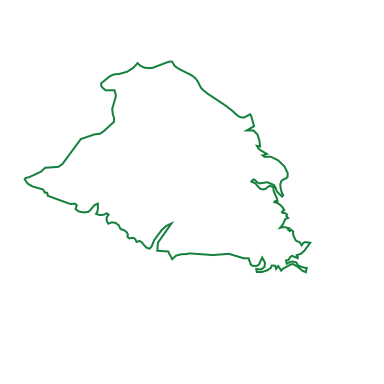 outline of Istarska, rotated 309°
{"feature_id": "HRV-1592", "entity_name": "Istarska", "entity_type": "County", "adm_level": 1, "iso_a3": "HRV", "parent_name": "Croatia", "parent_adm1": "", "projection": "mercator", "projection_center": [13.894, 45.143], "detail": "fine", "context": "isolated", "style": "outline", "palette": "green", "viewbox_px": 384, "rotation_deg": 309, "n_neighbors": 0, "source": "natural_earth", "source_scale": "10m", "svg_char_len": 3225}
<svg xmlns="http://www.w3.org/2000/svg" viewBox="0 0 384 384"><g transform="rotate(309 192 192)"><path d="M132.5,73.7L137.0,73.5L163.3,72.3L175.7,80.2L179.3,83.8L183.4,85.1L197.5,87.2L200.3,85.1L202.7,81.4L206.5,77.6L218.9,72.4L222.3,67.7L216.7,61.0L216.7,56.9L217.6,54.3L219.4,53.0L223.6,53.9L230.5,55.4L234.3,57.4L237.8,61.0L244.5,65.8L251.4,68.2L257.7,68.6L257.9,68.6L257.6,71.9L257.9,73.8L258.8,76.9L261.2,80.7L263.6,83.2L277.7,91.4L280.0,93.2L280.7,94.6L280.0,96.8L279.2,98.6L279.1,101.4L279.6,105.3L282.1,116.5L282.6,120.4L282.5,123.2L281.4,127.2L279.1,132.2L278.4,134.3L278.2,136.6L278.3,143.1L280.3,163.9L280.5,172.7L280.2,176.2L280.1,179.5L280.4,181.9L281.6,184.3L282.7,185.6L288.7,188.2L288.9,188.2L288.7,188.8L288.3,190.2L282.2,198.8L274.3,195.8L278.5,201.0L277.9,206.6L274.5,211.9L270.3,216.2L268.7,213.4L267.6,216.6L267.6,219.2L268.7,226.2L267.6,225.5L265.8,224.7L264.9,223.9L264.9,226.2L269.0,231.0L270.8,239.0L270.1,247.7L266.9,254.5L263.8,256.8L261.7,256.5L259.7,255.3L256.8,254.5L253.6,255.7L250.6,258.6L248.1,262.0L246.9,264.9L245.1,264.9L245.8,257.6L247.9,254.3L249.0,251.2L246.9,244.3L241.3,239.2L240.5,236.3L240.9,233.7L240.6,231.9L237.5,231.5L238.5,235.9L237.4,242.6L238.6,245.6L241.3,247.4L243.8,247.7L245.8,248.6L246.9,252.2L244.0,255.0L240.3,262.3L238.6,264.2L237.5,262.4L236.0,262.4L237.1,265.0L237.5,268.1L237.2,271.5L236.0,275.1L233.9,274.4L232.8,274.7L232.8,275.7L234.2,277.7L234.2,280.2L232.9,280.3L232.5,280.7L232.6,281.5L232.3,283.0L229.7,281.5L223.8,283.1L219.6,283.0L221.8,284.7L223.1,286.4L225.0,290.4L223.2,290.4L223.2,292.7L225.0,292.7L225.0,295.5L223.1,296.8L221.9,298.4L219.6,303.1L220.2,305.9L220.6,306.7L220.6,307.7L219.6,310.8L222.4,310.6L224.1,311.3L225.3,313.1L226.9,315.8L217.3,316.3L212.7,315.6L208.8,313.1L208.3,314.6L208.2,315.0L207.0,315.8L205.4,309.9L203.0,309.2L200.3,309.9L197.8,308.2L196.0,310.8L198.8,312.0L201.6,314.2L202.9,317.3L201.6,321.1L204.0,327.2L205.2,328.8L201.3,331.0L200.3,327.4L200.4,321.3L199.6,315.8L197.7,314.3L189.9,311.1L187.0,310.8L187.6,309.5L188.2,306.9L188.8,305.7L188.0,305.5L186.0,305.7L185.2,305.7L187.0,303.1L185.2,300.3L182.3,301.0L178.2,299.6L173.8,296.6L170.6,292.7L172.6,290.4L175.3,294.4L179.2,295.5L182.9,293.4L185.2,287.8L178.0,289.6L175.3,288.9L172.6,285.3L172.6,283.0L173.7,281.9L174.9,279.4L176.2,277.7L173.1,274.1L167.2,259.6L156.2,248.0L142.7,228.7L140.5,227.0L137.2,223.2L132.7,219.7L127.3,218.8L128.5,216.4L129.9,212.6L130.9,211.1L124.5,202.0L131.3,197.4L154.5,195.8L149.4,193.3L143.3,192.4L130.9,192.9L124.3,194.9L121.3,194.7L120.1,191.7L120.6,187.7L121.3,184.5L121.0,182.0L118.3,180.4L119.5,177.9L119.7,176.0L118.7,174.3L116.5,172.5L116.5,170.1L118.7,168.8L119.7,166.5L119.6,163.4L118.3,159.7L120.0,156.0L119.9,152.1L118.0,148.8L114.7,146.9L115.6,144.6L117.0,142.7L119.1,141.5L121.9,141.5L121.9,139.2L119.2,137.9L117.1,136.2L115.6,134.0L114.7,131.2L117.4,130.7L119.7,129.5L123.7,126.1L120.6,124.5L113.5,124.3L111.1,123.8L108.1,120.8L105.6,116.3L105.4,112.3L109.3,110.7L109.3,108.4L106.1,105.0L98.3,82.4L98.8,81.7L99.6,80.9L100.2,79.9L99.0,78.2L98.9,77.9L99.4,77.3L100.2,74.5L95.9,64.5L95.1,58.9L96.6,53.9L98.3,53.9L100.8,56.0L112.9,61.9L118.4,62.6L127.5,72.4L132.5,73.7Z" fill="none" stroke="#15803d" stroke-width="2"/></g></svg>